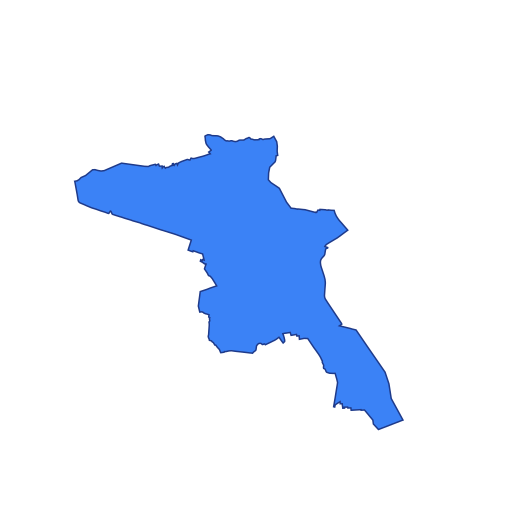 Pitesti, Arges, Romania, rotated 21°
{"feature_id": "2599482B71034334572374", "entity_name": "Pitesti", "entity_type": "district", "adm_level": 2, "iso_a3": "ROU", "parent_name": "Romania", "parent_adm1": "Arges", "projection": "robinson", "projection_center": [24.855, 44.857], "detail": "fine", "context": "isolated", "style": "filled", "palette": "blue", "viewbox_px": 512, "rotation_deg": 21, "n_neighbors": 0, "source": "geoboundaries", "source_scale": "gbopen_adm2", "svg_char_len": 5973}
<svg xmlns="http://www.w3.org/2000/svg" viewBox="0 0 512 512"><g transform="rotate(21 256 256)"><path d="M452.0,356.5L433.3,340.6L425.9,327.7L418.1,318.2L392.1,300.4L375.9,289.2L371.5,289.8L370.5,289.8L358.9,291.3L360.5,288.9L360.0,288.3L339.5,273.8L336.0,271.2L335.4,270.6L334.7,269.6L334.1,268.4L332.7,263.9L330.6,256.9L330.0,255.4L329.6,254.7L328.8,253.1L328.0,252.0L326.8,250.3L323.9,246.7L321.1,243.3L319.9,241.7L319.4,240.8L318.8,239.7L318.3,238.6L318.0,237.4L317.9,236.5L318.0,235.4L318.3,234.3L319.4,231.5L319.5,231.0L319.6,230.4L319.6,229.8L318.7,225.5L318.6,224.7L318.7,224.3L319.0,223.8L319.3,223.4L320.0,223.0L319.9,222.4L316.9,222.5L317.0,221.5L317.6,220.0L319.2,217.8L322.2,214.0L323.6,212.2L325.3,210.1L332.4,199.0L323.8,194.4L322.2,193.6L319.9,192.3L318.2,191.1L316.6,189.9L314.3,187.6L312.6,185.4L310.0,186.3L309.7,186.4L306.9,187.1L306.9,187.4L306.3,187.6L305.3,187.9L305.2,187.9L304.5,187.9L302.1,188.6L299.6,189.4L299.0,189.6L299.2,190.5L297.4,190.9L297.0,193.4L296.3,193.5L296.3,194.0L285.2,195.2L283.1,195.8L278.2,197.1L278.1,197.4L275.3,197.8L271.6,198.8L265.2,194.8L253.5,184.4L243.5,182.1L240.2,180.4L238.0,173.9L237.0,168.2L240.1,161.2L240.0,159.6L238.9,155.2L240.2,154.3L238.2,150.6L236.6,145.9L234.4,141.9L229.7,137.9L227.2,141.3L226.3,141.9L225.9,142.0L223.1,143.3L221.9,143.9L220.8,144.8L218.9,144.7L218.0,144.9L217.1,145.5L217.2,146.2L215.5,147.1L214.7,147.4L212.7,148.2L210.7,148.3L209.4,148.7L208.4,148.1L207.3,147.8L206.5,148.2L205.8,149.2L204.9,149.7L203.1,152.1L199.3,153.6L198.5,154.2L197.4,155.6L195.8,156.6L193.8,157.0L192.7,157.0L192.0,157.1L191.3,157.4L189.8,158.4L188.1,158.7L187.3,159.1L186.7,159.2L184.9,158.9L183.7,158.3L180.3,157.5L177.7,157.5L176.4,157.8L172.1,159.3L171.2,159.4L169.7,159.4L167.6,160.0L165.9,161.7L165.4,162.4L166.7,164.8L167.2,166.0L168.9,168.6L169.4,169.1L169.8,169.5L170.7,170.1L172.7,171.3L176.2,173.1L176.3,173.3L174.6,175.9L175.7,176.4L176.7,177.0L175.3,178.0L174.1,179.1L172.3,180.6L170.4,182.1L167.0,184.5L163.9,186.8L163.0,187.3L162.2,187.6L161.6,187.8L160.6,187.8L160.2,188.0L160.1,189.1L160.1,189.8L159.9,190.1L159.4,190.2L157.5,190.4L157.1,190.6L152.8,194.3L151.5,195.6L150.6,196.6L150.3,197.1L150.1,197.6L150.1,199.1L148.9,197.9L147.8,198.8L147.4,199.3L147.1,200.6L145.7,199.3L145.2,199.6L145.6,200.1L145.0,200.5L145.7,201.3L144.3,202.3L143.5,203.1L143.1,203.6L142.5,204.6L141.7,204.9L141.0,205.4L140.6,205.5L140.3,205.8L140.1,206.1L139.9,206.5L138.9,206.0L138.2,205.2L137.4,205.8L137.2,206.4L136.9,207.4L136.7,207.1L136.8,206.6L136.5,205.8L136.2,205.6L135.2,206.1L134.5,206.4L133.6,206.7L132.1,205.1L130.9,206.2L130.5,206.6L130.2,207.3L129.1,206.5L126.7,208.2L125.4,209.1L124.3,210.0L123.6,210.9L122.9,211.2L119.9,212.2L97.2,217.5L83.7,230.7L80.9,232.2L77.8,232.8L74.7,233.1L72.5,234.1L68.1,241.9L64.6,245.4L63.4,248.2L62.6,249.1L62.2,249.8L60.0,251.2L60.1,251.3L67.0,262.6L70.0,267.8L70.9,268.8L71.6,269.1L72.0,269.3L72.3,269.4L73.4,269.5L77.2,269.6L80.6,269.8L81.7,269.8L83.8,269.9L85.4,269.9L85.7,269.9L90.1,269.6L95.0,269.5L99.3,269.2L102.9,269.2L103.3,269.0L103.9,266.3L104.1,266.2L104.3,266.2L104.5,266.3L105.0,266.7L106.6,268.3L106.9,268.4L107.6,268.5L108.6,268.4L109.8,268.4L112.7,268.2L114.6,268.1L116.5,267.9L119.9,267.8L126.3,267.3L128.3,267.3L136.0,266.6L137.4,266.7L141.5,266.5L143.4,266.3L145.9,266.2L149.9,266.0L157.0,265.7L172.0,264.7L189.9,264.3L190.5,274.8L193.6,274.8L195.5,274.7L195.5,273.8L195.5,273.6L199.7,273.5L201.3,273.5L204.3,273.3L205.4,273.2L206.1,274.2L206.8,275.2L208.0,276.9L209.0,278.4L207.4,278.4L207.4,279.0L207.6,279.0L207.5,279.5L205.8,279.3L205.9,280.8L208.4,281.1L209.0,281.3L209.5,281.3L209.7,281.5L210.3,281.5L210.5,281.7L210.6,281.8L210.8,281.8L211.5,281.7L212.1,281.5L212.1,281.4L212.3,281.4L212.3,282.9L212.5,286.5L216.5,289.3L218.6,291.2L218.9,291.3L219.7,291.3L220.6,291.3L220.8,291.4L221.8,292.0L223.5,292.9L223.9,293.3L225.4,294.4L228.5,296.8L230.0,298.0L224.9,302.2L222.2,304.7L216.7,309.2L220.1,323.4L223.6,328.5L225.5,327.5L227.2,327.6L227.6,327.9L229.5,328.0L230.9,327.8L233.2,327.7L233.7,329.9L235.0,330.2L235.0,331.3L236.0,332.9L236.1,333.3L235.8,334.5L236.7,336.2L237.2,337.5L240.0,346.6L240.0,347.1L240.3,348.4L241.1,349.5L241.9,350.2L242.7,351.4L244.9,351.2L245.7,351.8L247.2,352.1L249.5,353.9L250.4,353.6L252.5,355.0L255.3,356.4L255.7,356.8L257.7,358.9L258.5,358.5L260.1,357.6L260.5,357.3L260.9,357.0L261.0,356.8L260.9,356.5L261.3,356.4L262.2,356.0L264.9,354.2L266.0,353.7L267.1,353.2L269.3,352.7L271.8,352.1L277.8,350.5L283.3,349.1L284.9,348.7L286.0,348.4L287.0,348.1L287.3,348.0L287.6,348.0L287.8,347.5L288.1,346.6L289.3,344.7L289.5,344.3L289.6,343.7L289.5,343.1L288.9,340.6L288.7,339.7L288.8,339.0L289.1,338.5L289.2,338.1L289.7,336.9L290.0,336.7L291.0,336.1L291.7,335.9L292.5,335.9L293.6,336.4L294.2,336.1L294.8,335.6L295.1,335.1L295.5,335.1L295.9,335.2L296.5,335.5L300.4,331.4L302.7,328.9L303.3,328.3L303.9,327.6L305.0,326.1L306.3,324.1L306.4,323.8L306.6,323.6L310.1,326.0L310.9,326.5L312.5,327.5L313.4,325.6L312.9,324.2L312.2,323.2L311.9,322.7L311.5,322.1L310.2,320.4L308.9,318.9L311.2,317.4L311.4,317.4L313.1,316.4L313.5,316.2L315.3,315.1L317.2,317.5L321.9,314.7L322.8,316.1L324.9,315.1L326.4,318.2L330.4,315.7L331.2,315.4L333.9,314.5L343.0,320.9L345.7,322.6L347.9,324.1L349.6,325.2L352.0,327.0L354.3,329.1L354.3,329.3L355.5,330.1L355.9,331.4L356.1,331.7L358.2,333.6L358.6,334.4L358.7,335.1L359.0,336.0L359.3,336.5L359.5,336.7L360.6,336.8L361.2,337.0L361.8,337.6L362.6,338.5L363.4,339.1L363.9,339.2L366.4,339.1L367.2,338.9L370.3,337.9L371.9,337.2L372.1,337.4L374.1,340.1L375.4,341.8L377.5,344.9L378.1,347.5L378.6,350.0L379.7,355.2L380.8,360.4L381.1,361.9L382.5,368.9L383.6,368.8L383.3,366.8L383.5,366.2L384.8,364.4L386.7,361.9L387.6,363.8L388.3,363.3L389.0,363.4L389.5,363.1L389.9,364.0L391.6,367.0L393.1,366.3L392.6,365.5L395.7,364.2L396.2,365.0L399.0,363.8L400.1,365.9L409.1,361.8L409.4,362.3L412.5,360.9L423.9,367.3L425.8,370.8L432.5,374.1L450.5,357.8L452.0,356.5Z" fill="#3b82f6" stroke="#1e3a8a" stroke-width="1.5"/></g></svg>